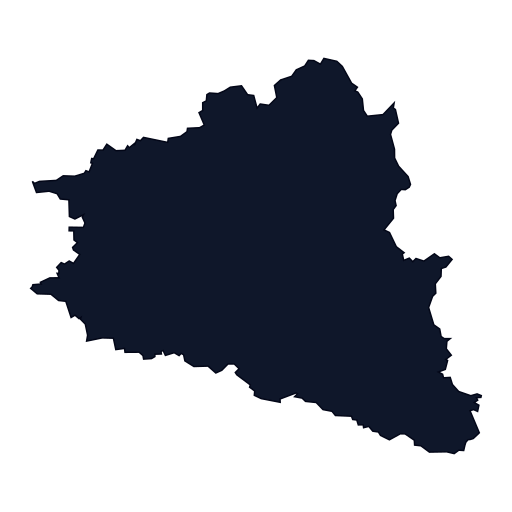 outline of Prilep, Prilep, North Macedonia
{"feature_id": "65306769B638558710054", "entity_name": "Prilep", "entity_type": "district", "adm_level": 2, "iso_a3": "MKD", "parent_name": "North Macedonia", "parent_adm1": "Prilep", "projection": "robinson", "projection_center": [21.661, 41.283], "detail": "fine", "context": "isolated", "style": "filled", "palette": "ink", "viewbox_px": 512, "rotation_deg": 0, "n_neighbors": 0, "source": "geoboundaries", "source_scale": "gbopen_adm2", "svg_char_len": 3118}
<svg xmlns="http://www.w3.org/2000/svg" viewBox="0 0 512 512"><path d="M357.4,87.2L351.6,83.2L342.3,66.4L336.8,61.3L323.9,58.4L320.4,64.2L313.9,60.6L308.4,60.3L304.7,66.0L296.3,69.8L291.7,76.3L280.7,79.9L274.4,85.5L276.8,97.6L269.0,105.3L260.2,104.0L257.1,108.2L253.7,95.5L247.6,94.7L241.5,85.8L230.3,87.2L224.2,91.0L218.1,93.6L209.5,93.0L206.9,94.6L206.3,100.9L202.7,102.7L202.7,110.5L199.0,112.6L204.3,125.0L199.6,127.7L187.5,128.3L187.0,131.7L180.5,136.4L168.3,138.4L167.7,142.4L143.5,137.4L140.4,140.7L136.9,139.4L134.3,145.5L135.3,142.8L129.3,147.7L127.6,145.8L125.0,150.3L116.0,150.7L106.8,144.2L103.0,150.1L97.9,150.0L93.6,158.8L91.7,158.5L90.8,162.8L92.5,163.3L89.1,171.9L85.9,170.7L84.3,173.3L74.7,176.2L63.2,175.8L56.3,180.4L39.4,181.4L34.6,183.4L32.4,181.4L36.5,192.5L49.1,191.2L57.1,193.7L60.3,199.0L68.9,199.8L69.4,216.5L74.9,219.0L83.6,214.6L82.3,217.1L85.0,223.0L83.4,227.4L69.2,227.2L69.1,230.8L73.8,230.9L74.0,240.0L77.5,242.6L72.6,247.4L73.5,250.0L79.8,254.4L73.5,263.4L69.2,261.0L64.5,264.1L61.2,262.6L56.7,267.4L59.0,270.3L58.8,273.4L57.1,273.3L59.1,277.8L49.8,277.9L40.4,282.3L41.3,284.0L32.9,284.7L32.2,286.9L30.7,288.4L37.2,293.8L50.9,294.2L58.6,300.5L65.8,301.3L71.1,317.5L75.0,315.2L79.0,318.6L81.0,317.3L80.4,319.1L85.3,324.1L87.6,335.2L86.6,341.1L102.2,337.9L113.4,338.2L115.8,349.6L124.5,348.4L125.0,352.3L139.1,352.2L143.0,355.6L143.6,359.1L151.5,358.6L154.9,356.6L154.8,354.2L161.4,354.0L161.0,351.4L163.1,350.5L165.4,355.4L174.2,352.7L179.1,355.6L181.1,353.4L183.6,354.7L184.9,360.9L193.9,366.5L208.0,366.1L215.8,373.0L221.8,370.3L228.0,364.0L234.3,364.0L239.1,368.7L235.3,372.5L236.8,374.8L250.3,384.9L249.6,387.2L254.7,391.0L254.3,395.3L261.2,398.6L280.2,402.3L280.0,399.0L296.2,392.9L297.5,393.8L294.6,396.7L302.1,398.1L305.5,401.4L316.2,402.5L323.0,409.6L332.0,411.3L335.4,415.5L351.5,416.2L352.7,419.5L356.8,420.0L358.3,424.9L363.2,424.8L363.6,427.7L368.8,426.4L372.8,431.2L378.4,432.0L380.5,435.4L389.4,439.8L400.3,433.8L405.1,433.9L414.3,440.2L414.6,445.1L420.9,445.8L429.4,452.1L446.6,451.8L454.2,453.6L458.8,450.2L463.7,450.5L464.9,445.3L465.8,442.3L468.0,439.7L470.1,439.5L473.1,438.6L473.6,438.2L478.1,434.0L479.3,432.8L470.0,410.7L473.6,409.6L477.6,411.4L478.9,405.2L474.2,402.5L477.7,400.2L476.4,397.7L480.9,397.4L481.3,395.6L477.1,393.9L470.8,395.7L458.7,391.5L452.4,384.5L450.2,377.4L443.5,377.8L442.6,374.2L438.3,372.0L445.3,369.4L447.6,360.5L445.8,359.4L451.3,355.2L446.3,348.8L446.9,341.3L450.2,338.6L444.2,338.6L441.1,336.5L439.7,329.0L433.8,324.8L428.6,307.5L432.6,296.3L435.8,293.2L435.3,283.8L441.0,276.4L441.3,268.5L445.9,267.0L452.1,259.4L448.6,256.3L439.8,257.8L434.4,253.8L423.9,261.1L416.0,258.5L412.8,261.7L409.3,258.1L403.7,260.4L402.3,254.0L404.1,252.7L396.3,246.7L389.5,232.5L384.0,229.9L393.5,218.2L393.2,209.5L396.1,205.6L395.0,200.6L397.2,193.7L401.2,189.4L405.3,189.7L409.2,187.2L410.5,184.4L408.1,176.6L398.6,166.2L394.6,158.0L394.5,149.2L390.5,134.4L391.8,130.1L398.5,123.2L395.4,109.5L393.3,108.0L394.1,103.0L383.0,114.6L367.3,116.2L363.5,110.5L362.3,98.9L357.8,92.1L354.8,90.8L357.4,87.2Z" fill="#0f172a" stroke="#020617" stroke-width="1.5"/></svg>